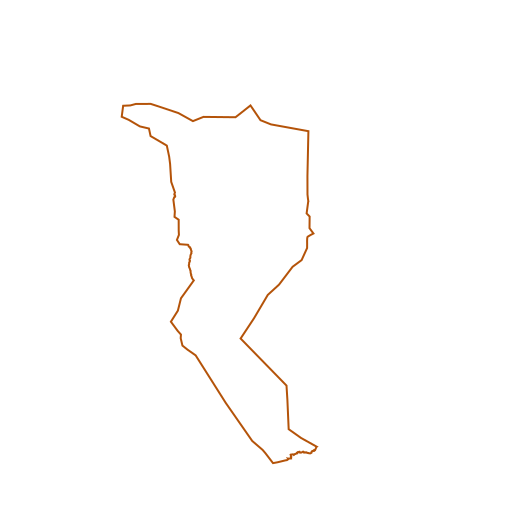 Tonkhil, Govi-Altay, Mongolia, rotated 329°
{"feature_id": "93677404B45605151129701", "entity_name": "Tonkhil", "entity_type": "district", "adm_level": 2, "iso_a3": "MNG", "parent_name": "Mongolia", "parent_adm1": "Govi-Altay", "projection": "orthographic", "projection_center": [93.425, 45.796], "detail": "fine", "context": "isolated", "style": "outline", "palette": "amber", "viewbox_px": 512, "rotation_deg": 329, "n_neighbors": 0, "source": "geoboundaries", "source_scale": "gbopen_adm2", "svg_char_len": 4163}
<svg xmlns="http://www.w3.org/2000/svg" viewBox="0 0 512 512"><g transform="rotate(329 256 256)"><path d="M163.9,442.3L166.6,443.3L168.5,444.0L175.9,446.3L177.4,446.9L178.8,446.8L179.0,446.7L179.1,446.4L179.1,446.2L179.2,446.3L179.3,446.3L179.5,446.5L179.8,446.6L180.0,446.6L180.4,446.9L180.5,446.9L180.6,447.0L180.8,447.1L181.0,447.2L181.3,447.3L181.6,447.5L181.8,447.6L181.9,447.4L181.9,447.2L182.1,447.0L182.3,446.8L182.4,446.7L182.4,446.4L182.5,446.2L182.8,446.2L182.8,445.9L182.8,445.7L182.8,445.3L182.9,445.2L183.0,445.2L183.2,444.9L183.3,444.7L183.4,444.4L183.4,444.2L183.5,444.2L183.5,444.3L183.7,444.5L183.9,444.5L184.0,444.5L184.3,444.6L184.5,444.7L184.9,444.8L185.3,444.9L185.5,445.0L185.6,445.3L185.7,445.5L185.8,445.6L186.0,445.8L186.0,446.0L186.3,446.0L186.4,445.9L186.5,445.8L186.7,445.7L186.8,445.7L187.0,445.7L187.3,445.8L187.5,445.9L187.7,446.0L187.8,446.0L188.0,446.0L188.3,446.1L188.5,446.1L189.0,446.0L189.2,445.9L189.3,445.9L189.6,446.1L189.8,446.3L189.9,446.2L190.1,446.0L190.2,445.8L190.2,445.7L190.3,445.7L190.5,445.7L190.8,445.6L191.2,445.8L191.3,445.9L191.3,446.0L191.5,446.0L191.8,446.1L192.0,446.2L192.3,446.1L192.5,446.2L192.5,446.3L192.6,446.8L192.5,447.1L192.5,447.3L192.8,447.4L193.0,447.4L193.1,447.5L193.3,447.6L193.5,447.7L193.6,447.8L193.9,447.9L194.1,447.9L194.6,447.9L195.0,447.9L195.4,447.9L195.6,448.0L195.8,448.1L195.9,448.3L196.0,448.5L196.1,448.8L196.0,449.0L196.3,449.1L196.4,449.3L196.4,449.5L196.6,449.7L196.7,449.8L196.8,449.8L197.0,449.8L197.3,449.9L197.6,449.9L197.8,450.0L198.0,450.2L198.1,450.3L198.1,450.5L198.3,450.6L198.4,450.8L198.4,451.0L198.6,451.2L198.7,451.3L198.8,451.4L198.9,451.5L199.0,451.5L199.3,451.8L199.5,451.9L199.6,452.1L199.8,452.4L200.0,452.5L200.4,452.8L200.6,453.0L200.8,453.1L201.0,453.2L201.3,453.2L201.6,453.2L202.0,453.2L202.3,453.2L202.5,453.0L202.5,452.9L202.5,452.7L202.8,452.4L203.1,452.3L203.3,452.2L203.6,452.2L203.9,452.2L204.0,452.2L204.2,452.3L204.3,452.4L204.4,452.5L204.5,452.6L204.8,452.6L205.0,452.5L205.2,452.8L205.3,452.9L205.4,453.0L205.5,453.0L205.8,452.9L205.7,452.8L205.7,452.7L205.8,452.5L205.8,452.4L206.0,452.3L206.4,452.6L206.7,452.8L209.3,450.9L209.5,450.8L209.6,450.7L209.8,450.7L200.9,435.2L194.8,421.3L208.8,395.5L215.4,382.8L200.3,318.8L222.3,308.3L246.1,295.4L261.0,292.4L281.8,284.1L293.0,283.0L303.9,275.5L306.4,271.4L307.5,269.5L308.8,267.5L309.7,266.4L310.2,266.1L311.4,266.1L313.8,266.1L316.8,266.3L316.2,259.7L322.3,249.8L321.3,245.6L328.9,236.1L329.0,236.1L330.1,233.5L331.8,229.8L341.3,213.9L365.2,176.0L336.6,150.9L329.8,141.9L328.8,124.1L316.4,125.7L309.9,126.5L282.6,109.7L271.4,107.9L263.1,93.5L248.2,76.1L244.1,71.4L231.4,63.8L225.8,62.2L219.5,58.8L212.6,67.5L217.0,73.7L223.2,85.1L229.9,91.6L227.4,98.9L236.4,115.4L236.4,115.5L232.7,126.2L229.8,132.8L221.5,148.8L219.2,159.9L218.1,160.7L217.8,161.1L217.6,161.3L217.6,161.6L217.9,161.9L217.9,162.1L217.6,162.9L217.3,163.5L217.1,163.6L216.7,163.4L216.2,163.5L214.2,165.1L209.4,176.0L206.3,180.5L208.4,185.1L202.9,194.3L200.8,198.2L196.5,201.5L196.7,206.6L203.5,211.4L203.6,211.8L203.2,213.3L203.9,214.4L204.0,214.8L203.6,215.4L203.8,216.2L203.8,216.5L203.6,216.8L203.4,217.1L203.4,217.6L203.3,218.3L203.2,218.8L203.1,219.0L202.8,219.1L202.7,219.3L202.4,219.5L202.3,219.9L202.1,220.4L201.7,220.6L201.2,220.9L200.8,221.2L200.5,221.4L200.3,221.6L199.8,222.2L199.6,222.5L199.4,222.7L199.2,223.0L199.0,223.5L198.7,223.8L197.9,224.2L197.2,224.7L197.0,225.1L196.9,225.3L197.0,225.9L196.7,226.3L196.3,226.8L196.1,226.8L195.5,227.0L195.2,227.4L195.0,227.7L194.8,228.0L194.3,228.8L193.8,229.1L193.6,229.3L193.5,229.6L193.4,230.0L193.3,230.4L193.2,230.5L193.0,230.8L192.9,231.5L192.7,233.0L192.5,233.8L192.3,234.2L192.3,235.1L192.2,235.3L191.9,235.6L191.7,235.9L191.6,236.1L191.5,236.5L191.3,236.9L191.2,237.2L191.1,237.6L191.0,237.8L190.9,238.2L190.8,238.7L190.8,238.8L190.5,239.0L190.3,239.6L190.3,240.3L190.0,241.3L189.8,242.0L189.9,243.5L190.0,244.1L190.1,244.9L169.9,253.6L160.9,262.6L149.2,268.5L150.3,279.9L151.2,284.7L149.1,287.7L146.8,294.9L149.1,301.1L153.1,310.1L154.4,366.3L157.5,412.6L161.8,425.6L162.5,429.8L163.9,442.3L163.9,442.3Z" fill="none" stroke="#b45309" stroke-width="2"/></g></svg>